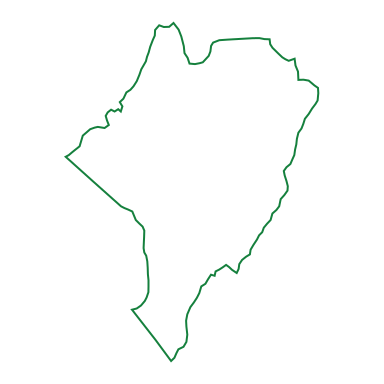 Planalto, São Paulo, Brazil (Equal Earth projection)
{"feature_id": "56859067B8552531389253", "entity_name": "Planalto", "entity_type": "district", "adm_level": 2, "iso_a3": "BRA", "parent_name": "Brazil", "parent_adm1": "São Paulo", "projection": "equal_earth", "projection_center": [-49.934, -21.02], "detail": "fine", "context": "isolated", "style": "outline", "palette": "green", "viewbox_px": 384, "rotation_deg": 0, "n_neighbors": 0, "source": "geoboundaries", "source_scale": "gbopen_adm2", "svg_char_len": 2042}
<svg xmlns="http://www.w3.org/2000/svg" viewBox="0 0 384 384"><path d="M318.0,87.9L314.4,85.4L308.7,80.6L303.5,79.7L298.4,79.9L298.0,71.6L295.5,65.5L294.6,58.7L288.7,60.8L285.3,59.2L282.3,57.3L278.6,53.8L272.5,47.8L270.2,44.2L269.6,39.3L264.5,39.1L259.3,38.1L252.7,38.2L227.9,39.6L219.3,40.2L213.1,42.6L211.1,45.9L210.4,51.5L208.7,55.9L202.8,62.3L199.6,63.2L195.0,64.1L189.5,63.6L187.6,57.8L184.5,53.1L183.8,46.2L181.3,36.5L178.6,29.6L173.5,23.0L169.2,26.8L163.8,27.0L159.2,25.3L155.1,30.0L154.8,35.6L152.9,39.8L150.2,46.8L148.7,52.4L147.0,56.9L145.9,61.3L143.9,64.8L141.3,69.3L139.4,74.8L136.8,81.1L133.5,86.3L130.4,89.8L126.4,92.4L123.4,98.7L119.8,102.1L122.4,106.4L120.8,111.5L118.2,109.2L114.6,111.5L111.1,109.7L107.7,112.4L105.7,115.9L107.0,120.4L108.8,125.0L104.6,128.0L97.8,126.9L94.7,127.6L90.2,129.2L86.2,132.7L82.8,135.6L79.6,146.3L75.2,149.8L72.1,152.3L68.8,155.1L65.7,156.8L92.5,180.9L121.0,206.3L124.5,208.1L128.0,209.5L132.3,211.5L135.8,220.0L139.4,223.6L142.6,226.6L144.3,230.6L144.1,237.1L143.8,243.4L143.6,248.1L144.3,252.5L146.2,255.7L147.3,261.4L147.7,267.7L147.9,274.2L148.5,280.3L148.5,286.6L148.4,292.2L146.6,297.5L144.8,301.0L141.0,305.5L136.7,308.5L132.0,309.7L155.6,340.0L171.1,361.0L174.4,357.8L176.5,353.0L178.4,349.3L183.5,346.8L186.4,341.9L187.3,334.7L186.4,326.5L186.1,320.7L187.3,314.3L190.4,307.1L193.9,302.4L196.9,297.8L199.3,293.1L201.3,286.4L205.4,283.8L208.0,279.3L211.0,274.7L214.6,275.8L215.6,271.4L219.2,269.6L222.6,267.4L226.1,264.9L229.0,267.0L232.0,269.8L236.7,273.0L238.6,269.0L239.3,264.1L242.1,259.9L246.1,256.7L249.9,254.4L250.6,249.7L253.5,244.8L257.0,239.5L259.1,235.3L262.2,232.2L263.8,227.7L267.1,223.7L270.6,220.0L272.4,213.5L276.4,210.0L279.2,206.3L280.7,199.1L284.3,195.1L287.5,190.6L287.8,186.2L286.5,181.1L284.7,175.5L283.8,171.0L286.5,167.2L290.4,164.0L292.5,159.1L294.3,155.1L295.1,149.5L296.3,144.4L296.9,138.8L298.4,132.7L301.5,128.5L303.3,123.9L304.9,118.8L308.7,114.0L312.1,108.5L315.5,104.0L317.6,100.5L318.3,93.3L318.0,87.9Z" fill="none" stroke="#15803d" stroke-width="2"/></svg>